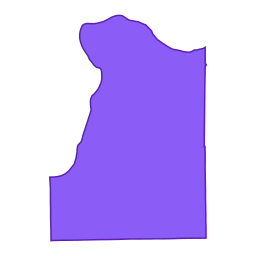 the district of East Fremantle, Western Australia, Australia
{"feature_id": "25037944B65528874584429", "entity_name": "East Fremantle", "entity_type": "district", "adm_level": 2, "iso_a3": "AUS", "parent_name": "Australia", "parent_adm1": "Western Australia", "projection": "natural_earth1", "projection_center": [115.768, -32.037], "detail": "fine", "context": "isolated", "style": "filled", "palette": "violet", "viewbox_px": 256, "rotation_deg": 0, "n_neighbors": 0, "source": "geoboundaries", "source_scale": "gbopen_adm2", "svg_char_len": 2259}
<svg xmlns="http://www.w3.org/2000/svg" viewBox="0 0 256 256"><path d="M205.2,47.3L203.9,48.1L202.7,48.6L201.8,48.7L201.1,49.0L200.1,49.1L197.3,49.8L196.0,50.0L195.0,50.0L194.1,50.1L193.0,50.8L191.9,51.4L190.5,51.9L189.4,52.2L186.9,52.1L183.1,51.6L181.9,51.2L177.7,50.1L175.7,49.8L172.4,49.1L169.6,47.7L167.0,46.1L162.2,43.0L159.0,40.7L157.5,39.6L157.4,39.5L156.3,38.4L155.0,36.8L154.3,35.7L153.2,34.8L152.5,33.4L152.2,32.6L151.7,31.3L151.1,30.4L145.6,24.8L144.9,24.7L143.9,24.2L141.5,23.3L140.6,22.9L140.1,22.6L138.5,21.9L134.5,21.1L130.6,20.5L129.0,20.1L127.3,19.0L125.1,17.6L122.7,16.0L120.6,15.4L119.4,15.4L117.0,15.5L114.7,16.1L111.7,17.2L106.9,19.9L103.6,21.5L101.0,22.3L97.4,23.2L94.2,23.7L89.6,23.6L87.2,23.5L85.6,23.7L85.2,23.9L83.3,24.6L82.1,26.0L81.0,28.6L80.2,31.2L80.0,32.2L79.7,34.6L79.7,38.2L80.6,42.4L82.3,46.9L83.9,49.7L85.7,52.5L88.0,56.0L89.3,59.0L89.7,59.7L91.6,61.9L92.0,62.5L93.0,63.8L94.3,65.6L95.5,66.5L96.9,67.5L99.4,68.0L100.4,68.6L101.3,70.0L101.7,72.8L101.7,74.3L101.8,76.0L101.8,78.7L101.2,82.3L100.0,85.0L99.2,87.0L98.0,89.2L96.4,91.4L93.7,94.5L92.2,95.5L91.1,98.1L91.0,98.4L90.5,99.8L90.4,102.2L90.6,105.6L91.0,108.7L91.1,110.4L87.6,121.2L82.9,135.5L82.0,139.5L80.9,142.2L78.3,144.7L77.5,146.6L77.1,149.5L77.1,151.7L76.7,154.1L76.1,157.9L74.7,162.7L74.2,164.1L72.0,166.9L70.9,168.3L69.6,170.0L67.9,171.7L65.3,173.8L61.4,175.7L57.6,176.6L54.6,177.0L50.7,177.1L49.8,177.1L49.8,178.0L50.4,187.5L50.5,205.8L50.6,207.7L50.6,210.7L50.6,215.2L50.6,216.5L50.7,221.3L50.8,224.6L50.9,227.5L51.0,236.3L51.0,240.6L57.0,240.4L60.0,240.3L69.0,240.2L77.9,240.1L85.4,239.9L87.0,239.9L96.0,239.7L101.9,239.6L103.0,239.6L105.3,239.6L115.9,239.4L129.8,239.0L135.1,239.0L151.0,238.9L153.6,238.8L162.5,238.8L173.6,238.6L179.7,238.4L184.6,238.3L194.6,238.2L195.5,238.2L206.0,238.1L206.0,226.4L205.8,221.1L205.8,214.8L205.6,203.0L205.5,199.3L205.5,191.4L205.3,179.6L205.2,172.7L205.1,167.8L205.2,155.9L205.0,146.5L204.2,146.7L204.6,110.2L204.7,99.8L204.8,89.2L205.0,77.0L205.2,66.0L205.3,65.9L205.6,65.9L205.8,65.8L205.9,65.7L206.0,65.5L206.1,65.3L206.2,65.1L206.2,64.9L206.2,64.7L206.0,64.3L206.0,64.2L205.9,64.1L205.6,64.0L205.5,63.9L205.3,63.9L205.2,63.9L205.2,57.0L205.2,52.2L205.2,47.3Z" fill="#8b5cf6" stroke="#5b21b6" stroke-width="1.5"/></svg>